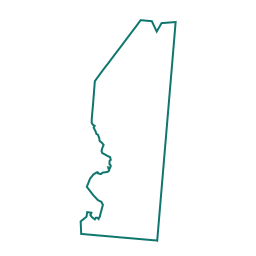 outline of Marion, Texas, United States of America, rotated 95°
{"feature_id": "52423323B1637569116072", "entity_name": "Marion", "entity_type": "district", "adm_level": 2, "iso_a3": "USA", "parent_name": "United States of America", "parent_adm1": "Texas", "projection": "natural_earth1", "projection_center": [-94.29, 32.785], "detail": "fine", "context": "isolated", "style": "outline", "palette": "teal", "viewbox_px": 256, "rotation_deg": 95, "n_neighbors": 0, "source": "geoboundaries", "source_scale": "gbopen_adm2", "svg_char_len": 1278}
<svg xmlns="http://www.w3.org/2000/svg" viewBox="0 0 256 256"><g transform="rotate(95 128 128)"><path d="M18.3,89.8L20.6,103.7L29.4,107.8L19.5,113.6L19.5,124.8L19.8,125.0L25.4,128.4L30.3,131.5L42.6,139.2L47.5,142.2L56.6,148.0L62.1,151.4L65.6,153.5L67.3,154.7L73.6,158.7L84.2,165.1L86.7,165.1L95.9,165.0L107.4,164.9L121.6,164.9L125.7,164.7L127.7,163.5L128.8,161.4L130.6,162.3L133.8,160.2L136.7,158.9L137.3,157.4L140.3,155.9L143.4,155.1L145.2,152.5L147.0,150.8L149.7,151.7L153.0,152.4L155.2,151.5L156.5,148.4L157.2,146.9L158.2,144.5L158.5,143.3L161.2,142.4L162.1,143.4L164.0,143.5L165.9,143.2L166.2,142.5L166.5,142.3L166.8,142.0L167.8,141.9L168.6,142.2L169.5,142.5L169.2,143.6L169.0,144.2L170.1,143.9L170.1,143.1L171.9,143.0L173.5,144.5L174.7,149.5L176.3,151.0L175.8,153.9L175.3,153.8L174.8,154.3L174.8,155.1L177.3,158.4L181.8,161.4L190.2,163.9L197.9,156.8L202.4,151.8L203.9,148.1L206.7,146.3L212.2,147.3L215.1,147.8L216.6,148.1L218.6,148.2L220.1,149.2L221.2,149.4L220.1,150.8L220.2,152.2L221.9,153.1L220.0,156.1L218.0,157.9L215.6,157.1L215.4,161.3L220.0,161.6L225.2,167.0L237.6,165.4L237.6,135.0L237.6,131.4L237.6,129.9L237.6,127.9L237.7,127.2L237.6,123.0L237.6,92.9L237.5,89.3L237.6,89.1L235.1,89.1L35.5,89.7L18.3,89.8Z" fill="none" stroke="#0f766e" stroke-width="2"/></g></svg>